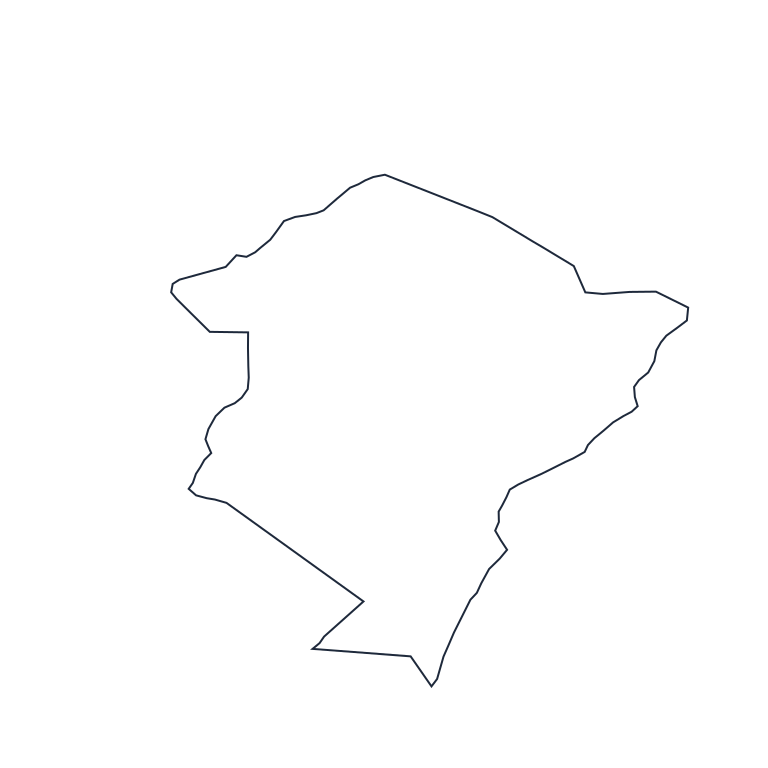 outline of Chorozinho, Ceará, Brazil, rotated 129°
{"feature_id": "56859067B36373941444701", "entity_name": "Chorozinho", "entity_type": "district", "adm_level": 2, "iso_a3": "BRA", "parent_name": "Brazil", "parent_adm1": "Ceará", "projection": "mercator", "projection_center": [-38.468, -4.314], "detail": "fine", "context": "isolated", "style": "outline", "palette": "slate", "viewbox_px": 768, "rotation_deg": 129, "n_neighbors": 0, "source": "geoboundaries", "source_scale": "gbopen_adm2", "svg_char_len": 1498}
<svg xmlns="http://www.w3.org/2000/svg" viewBox="0 0 768 768"><g transform="rotate(129 384 384)"><path d="M220.8,515.0L229.9,522.6L237.5,526.7L244.9,529.6L252.8,533.9L261.7,535.6L269.3,537.1L278.4,538.7L287.0,540.2L293.7,544.0L301.9,550.7L310.1,558.2L320.3,564.3L334.2,563.5L343.5,563.2L356.0,565.8L362.7,567.0L371.7,570.9L376.8,579.7L392.6,580.7L414.4,596.3L431.6,608.6L439.2,611.2L446.7,607.1L448.4,598.9L449.6,587.2L450.5,578.3L453.1,552.2L429.4,522.1L441.7,512.3L455.6,500.6L464.2,493.1L473.7,486.7L484.1,486.0L492.8,487.9L502.8,493.1L514.9,494.6L529.5,492.1L539.3,488.0L542.9,481.6L546.4,474.8L556.1,475.8L564.3,474.4L572.2,473.6L581.2,470.3L588.4,469.8L588.8,460.0L584.3,449.9L580.2,442.7L575.5,431.6L573.0,387.8L565.9,263.1L618.0,271.6L625.9,271.0L634.8,272.8L578.9,191.9L589.1,156.8L579.8,157.1L558.4,166.2L546.3,169.5L533.2,173.2L497.2,181.1L487.9,180.4L477.6,183.0L461.6,185.9L447.0,184.2L435.4,184.0L431.9,195.0L428.0,205.3L418.9,207.9L411.0,214.6L404.2,215.7L395.0,217.6L386.9,219.8L377.6,216.4L368.2,211.9L354.8,205.1L345.9,201.0L337.5,197.2L330.4,194.0L322.9,190.2L310.5,185.3L303.1,187.1L293.7,186.4L282.0,184.0L269.6,181.8L258.1,177.7L249.7,174.1L241.6,172.9L236.3,180.8L228.9,187.8L220.5,188.3L208.8,185.9L196.1,188.3L186.4,193.5L177.4,195.0L168.8,195.0L156.1,191.6L144.0,188.6L133.2,195.7L141.1,230.8L157.9,251.1L176.3,270.6L186.1,285.2L172.9,310.7L177.7,345.5L179.6,358.2L186.1,404.8L190.6,419.4L207.1,471.7L220.8,515.0Z" fill="none" stroke="#1e293b" stroke-width="2"/></g></svg>